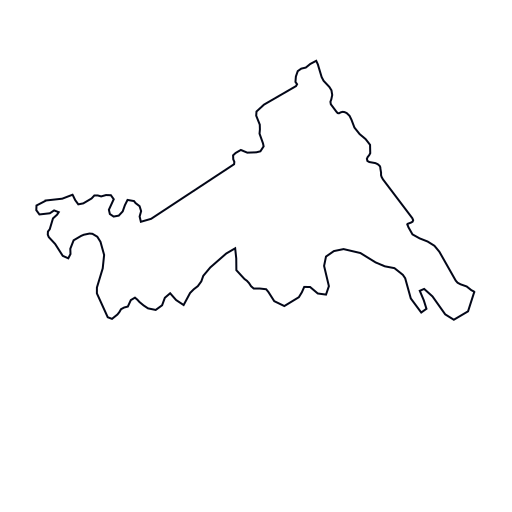 an SVG outline of Ogun, rotated 147°
{"feature_id": "NGA-2852", "entity_name": "Ogun", "entity_type": "State", "adm_level": 1, "iso_a3": "NGA", "parent_name": "Nigeria", "parent_adm1": "", "projection": "natural_earth1", "projection_center": [3.522, 7.137], "detail": "fine", "context": "isolated", "style": "outline", "palette": "ink", "viewbox_px": 512, "rotation_deg": 147, "n_neighbors": 0, "source": "natural_earth", "source_scale": "10m", "svg_char_len": 2686}
<svg xmlns="http://www.w3.org/2000/svg" viewBox="0 0 512 512"><g transform="rotate(147 256 256)"><path d="M111.4,200.4L112.0,200.0L112.1,198.9L112.5,197.1L113.0,188.9L109.2,181.7L104.2,174.7L100.8,167.4L99.9,159.7L100.3,153.2L101.9,126.6L101.5,123.8L99.9,120.9L95.9,115.7L94.0,110.0L92.6,107.6L92.5,106.9L93.6,106.1L108.3,94.1L124.8,94.8L129.1,104.0L130.0,126.0L132.9,136.8L137.6,137.6L139.4,127.5L141.8,118.9L148.2,118.6L149.3,136.1L143.0,156.1L143.1,160.2L146.5,170.4L153.6,177.2L159.2,185.5L166.8,201.6L178.8,214.1L188.0,217.7L197.6,217.4L204.3,210.6L211.3,191.0L218.3,185.5L224.6,190.9L227.5,200.5L232.4,203.8L237.3,200.6L242.5,198.1L259.5,198.6L265.3,208.2L265.2,219.1L265.6,222.6L270.6,226.7L275.6,229.9L276.6,233.3L276.6,237.0L277.1,240.1L278.2,243.0L280.2,254.8L273.9,264.7L269.3,273.8L279.6,274.3L300.6,271.3L311.0,268.1L315.7,264.5L321.2,262.4L326.3,262.0L331.4,260.9L343.4,254.3L347.0,262.6L348.3,271.5L355.2,270.6L361.6,265.8L369.5,265.4L375.1,270.9L377.2,275.8L378.8,280.9L379.3,284.0L380.2,287.0L385.0,287.2L391.0,283.4L394.6,284.6L398.2,284.9L401.1,283.4L404.1,282.4L411.0,281.7L413.7,285.4L409.8,311.3L406.6,316.2L391.3,329.1L382.8,339.6L378.7,352.6L378.6,358.6L381.1,363.7L383.4,365.5L388.8,367.6L391.6,368.1L400.4,368.5L407.8,363.2L410.5,358.7L414.7,356.3L418.0,361.4L417.9,375.5L419.5,384.7L419.0,387.3L417.2,389.8L414.4,390.8L405.8,398.1L400.3,399.0L397.6,400.2L400.5,404.2L405.6,404.1L415.0,408.8L415.3,414.1L412.6,417.9L402.3,416.9L402.2,417.1L387.3,409.6L376.5,407.3L376.5,406.8L377.2,401.3L376.9,396.1L372.2,394.2L362.6,393.8L358.6,394.8L355.7,392.9L353.4,390.3L348.6,388.8L344.6,386.0L344.4,381.1L354.2,374.9L355.7,370.8L353.9,366.6L349.1,364.6L343.5,366.0L338.3,370.0L333.2,373.0L328.4,368.5L328.2,366.0L326.5,361.2L327.9,356.2L332.1,352.5L333.9,347.4L323.7,344.3L224.4,344.9L222.9,346.7L222.4,349.5L220.4,352.9L217.0,353.5L211.0,353.2L207.0,347.4L199.3,342.8L195.3,341.4L189.9,343.8L188.8,346.6L186.4,356.7L183.8,360.0L181.3,364.1L179.4,373.6L176.9,376.9L166.9,378.6L129.9,376.7L128.0,377.7L128.1,380.5L124.8,384.8L120.3,388.3L116.0,388.5L111.6,386.9L105.9,387.5L100.2,387.0L99.2,386.9L99.8,382.8L100.4,380.9L103.5,370.3L103.9,366.1L102.4,357.8L102.5,353.8L104.4,349.5L107.5,346.4L109.6,344.8L110.6,342.5L110.0,333.4L109.7,331.4L108.7,330.5L106.6,330.3L104.8,329.7L103.4,328.5L102.1,326.5L101.2,322.6L101.7,318.4L103.5,310.1L102.7,301.8L100.4,294.3L99.8,287.1L104.2,280.0L106.2,278.9L108.4,278.2L110.1,277.1L110.8,275.0L109.8,273.1L105.3,268.9L103.9,266.7L103.2,264.2L103.4,262.8L104.1,261.5L105.7,257.8L107.1,255.7L107.6,253.9L107.8,251.1L104.3,202.6L104.7,200.4L106.0,199.5L107.8,199.6L111.4,200.4Z" fill="none" stroke="#020617" stroke-width="2"/></g></svg>